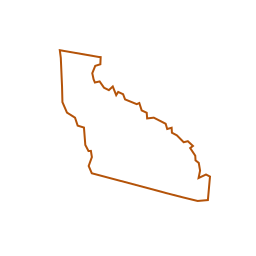 Orange, Virginia, United States of America (orthographic projection), rotated 64°
{"feature_id": "52423323B91365123508862", "entity_name": "Orange", "entity_type": "district", "adm_level": 2, "iso_a3": "USA", "parent_name": "United States of America", "parent_adm1": "Virginia", "projection": "orthographic", "projection_center": [-78.039, 38.256], "detail": "fine", "context": "isolated", "style": "outline", "palette": "amber", "viewbox_px": 256, "rotation_deg": 64, "n_neighbors": 0, "source": "geoboundaries", "source_scale": "gbopen_adm2", "svg_char_len": 811}
<svg xmlns="http://www.w3.org/2000/svg" viewBox="0 0 256 256"><g transform="rotate(64 128 128)"><path d="M110.5,106.9L110.4,109.7L101.0,118.1L95.5,117.6L91.3,121.0L93.3,124.2L84.0,123.5L85.6,128.6L81.3,131.9L73.7,133.1L72.6,137.8L69.2,137.6L63.1,136.1L57.8,130.2L58.6,124.9L52.3,121.5L51.3,123.2L28.2,155.2L35.6,157.7L61.8,169.1L76.0,175.6L87.4,176.1L95.5,171.1L103.8,172.2L108.3,167.4L124.5,173.8L131.4,173.6L132.3,171.4L138.3,173.2L144.9,180.0L152.8,180.4L201.9,123.7L203.0,122.5L214.3,109.2L224.1,97.4L227.8,87.8L207.6,75.6L204.0,78.3L203.9,86.5L197.9,81.9L190.4,79.7L186.7,81.5L182.4,79.7L173.3,80.9L172.6,77.5L166.1,80.0L165.2,84.2L156.0,87.3L151.5,90.6L146.9,88.7L146.1,93.2L140.7,92.3L130.0,100.3L127.8,106.6L122.5,104.5L118.2,108.0L110.5,106.9Z" fill="none" stroke="#b45309" stroke-width="2"/></g></svg>